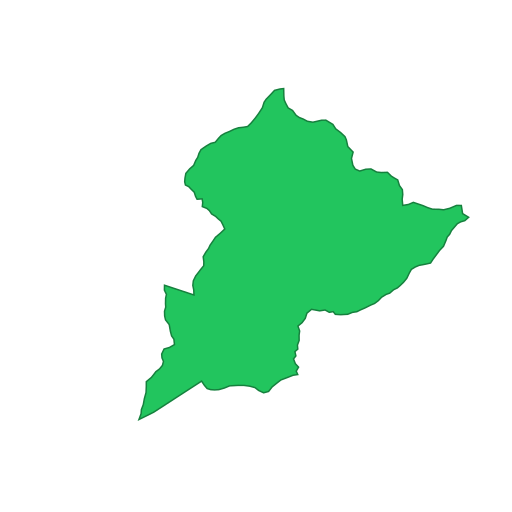 Águas de Santa Bárbara, São Paulo, Brazil (Mercator projection), rotated 52°
{"feature_id": "56859067B70027359191444", "entity_name": "Águas de Santa Bárbara", "entity_type": "district", "adm_level": 2, "iso_a3": "BRA", "parent_name": "Brazil", "parent_adm1": "São Paulo", "projection": "mercator", "projection_center": [-49.26, -22.879], "detail": "fine", "context": "isolated", "style": "filled", "palette": "green", "viewbox_px": 512, "rotation_deg": 52, "n_neighbors": 0, "source": "geoboundaries", "source_scale": "gbopen_adm2", "svg_char_len": 2846}
<svg xmlns="http://www.w3.org/2000/svg" viewBox="0 0 512 512"><g transform="rotate(52 256 256)"><path d="M356.4,64.6L349.8,67.1L342.6,63.1L339.6,66.8L337.7,73.9L335.1,79.7L332.0,82.9L327.8,88.1L323.5,91.0L319.1,93.4L310.6,99.0L309.3,104.0L306.5,109.2L301.3,105.9L297.9,102.5L293.8,99.8L288.8,99.6L283.3,97.5L279.7,99.0L276.4,100.2L271.0,100.9L267.5,105.7L264.2,109.2L258.2,111.8L255.2,116.1L252.9,122.0L248.6,124.3L244.1,123.8L237.9,120.7L233.9,115.5L226.3,116.3L220.1,113.3L216.7,112.4L210.9,113.3L204.9,114.9L199.6,114.4L192.0,117.3L189.4,120.7L185.6,128.8L181.4,132.6L177.1,134.5L173.4,136.7L169.8,137.8L163.8,137.6L159.1,139.5L154.1,138.6L150.4,137.7L147.0,135.5L141.1,131.1L139.1,134.4L136.9,139.4L138.0,146.3L138.7,151.4L139.8,154.9L143.1,159.7L145.4,166.4L146.9,171.8L148.2,177.8L148.8,182.9L146.7,186.8L144.2,190.8L142.6,195.3L141.5,200.4L140.2,204.9L139.6,209.3L140.2,213.2L141.3,218.1L139.4,222.3L138.7,227.5L138.3,233.8L140.0,237.7L142.4,241.2L143.6,244.6L146.2,249.3L146.5,254.6L147.7,260.4L150.9,264.0L153.6,266.5L156.6,267.9L159.9,266.3L163.3,266.0L167.7,265.4L171.8,266.9L175.0,267.5L177.8,263.3L181.0,265.0L184.0,267.9L188.3,265.4L191.5,264.8L195.5,265.1L200.0,263.4L203.5,262.9L207.0,262.1L211.0,262.9L215.5,264.0L216.1,270.2L216.3,276.4L217.8,280.9L219.2,285.5L220.9,288.8L222.1,293.2L224.1,298.1L228.5,300.7L231.5,303.2L232.5,307.7L233.4,311.1L234.6,315.8L237.0,320.7L240.3,323.9L244.5,326.0L248.5,328.9L222.7,346.1L226.5,349.2L231.1,350.2L233.6,353.2L237.9,356.7L240.7,358.6L243.2,362.1L247.0,364.9L250.6,366.6L256.6,366.6L262.6,369.8L267.0,371.7L271.0,371.9L275.6,374.8L274.8,380.5L272.7,385.7L275.2,390.7L278.4,392.8L282.1,393.8L284.6,397.1L285.6,401.5L285.5,406.1L286.5,409.8L287.3,413.2L287.5,419.8L291.3,422.8L295.9,426.7L299.6,431.7L303.7,436.3L306.5,440.9L309.5,443.6L312.8,448.9L316.1,432.8L318.6,404.2L321.1,375.9L326.2,376.3L330.4,376.1L333.4,374.0L336.0,371.1L338.4,367.6L340.5,362.4L342.1,356.7L346.9,349.8L350.7,345.0L354.7,341.1L359.1,337.8L363.6,336.7L368.5,334.2L370.5,329.5L369.1,323.9L369.0,318.8L369.0,312.7L371.0,306.3L372.8,300.2L375.1,296.1L371.5,295.2L369.8,290.9L365.1,291.3L360.2,289.8L359.3,286.1L355.3,284.2L355.1,280.4L351.7,278.2L349.1,274.0L344.9,270.8L342.0,267.8L337.0,266.1L336.9,260.8L335.5,255.6L332.4,251.1L332.2,245.1L335.1,242.5L338.4,239.6L341.1,234.8L345.5,232.9L347.4,229.4L350.8,229.4L354.3,225.5L358.4,219.6L359.8,214.7L362.0,210.8L362.8,206.8L364.0,202.2L365.3,195.8L366.4,191.8L366.5,187.1L365.8,182.4L366.4,177.0L367.6,173.5L367.3,168.3L368.2,164.3L368.0,160.5L367.5,155.8L366.4,150.9L363.8,145.7L362.2,141.8L362.7,137.3L363.8,133.2L365.5,130.0L367.3,126.4L369.0,122.8L367.6,118.7L366.0,112.9L364.6,107.8L363.8,102.3L360.7,96.7L358.8,93.7L358.1,90.0L356.3,86.3L355.4,81.9L354.5,77.4L355.1,73.7L356.7,69.7L356.4,64.6Z" fill="#22c55e" stroke="#15803d" stroke-width="1.5"/></g></svg>